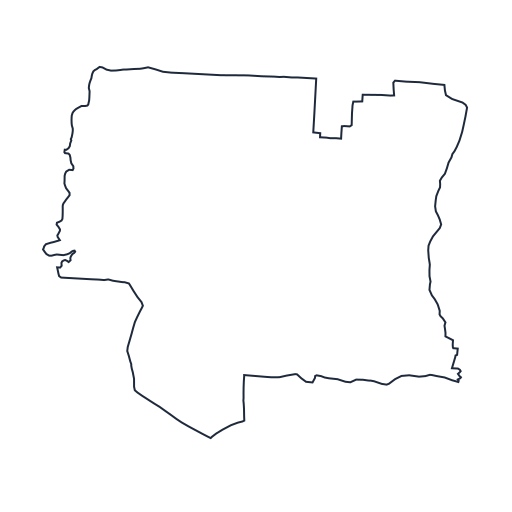 the district of Prey Kabbas, Takêv, Cambodia, rotated 184°
{"feature_id": "14789045B29637734688493", "entity_name": "Prey Kabbas", "entity_type": "district", "adm_level": 2, "iso_a3": "KHM", "parent_name": "Cambodia", "parent_adm1": "Takêv", "projection": "orthographic", "projection_center": [104.944, 11.157], "detail": "fine", "context": "isolated", "style": "outline", "palette": "slate", "viewbox_px": 512, "rotation_deg": 184, "n_neighbors": 0, "source": "geoboundaries", "source_scale": "gbopen_adm2", "svg_char_len": 4501}
<svg xmlns="http://www.w3.org/2000/svg" viewBox="0 0 512 512"><g transform="rotate(184 256 256)"><path d="M451.0,222.2L448.9,220.9L418.7,221.3L411.2,221.5L405.8,221.4L401.8,222.3L400.1,222.0L397.3,221.4L394.1,221.1L392.6,221.0L391.0,220.9L387.3,220.6L385.4,220.7L382.0,220.0L380.8,219.7L379.2,217.5L375.7,212.5L371.4,206.8L367.0,202.0L365.4,198.5L366.2,196.4L367.7,193.1L370.2,187.0L372.2,181.7L373.5,175.8L374.8,169.2L376.2,162.7L377.6,156.3L377.8,152.2L375.9,147.5L374.1,142.2L372.9,139.4L372.8,137.9L372.1,135.1L370.8,131.4L369.1,125.0L368.5,117.0L367.5,113.6L364.8,111.6L359.8,108.6L355.4,106.2L351.1,103.8L346.3,101.2L341.5,98.7L336.0,95.3L329.6,91.4L324.2,88.0L318.6,84.8L311.6,81.4L305.2,78.5L297.4,75.0L291.9,72.6L288.5,71.2L287.3,72.6L283.2,76.2L277.3,80.4L269.1,85.5L262.5,88.5L257.9,90.0L256.2,91.0L256.7,95.8L257.3,102.7L258.0,108.1L258.5,110.9L258.5,113.4L258.9,118.8L259.2,124.1L259.4,130.0L259.4,135.1L259.5,136.4L237.5,136.1L232.2,136.1L224.2,136.7L216.9,138.9L208.6,140.9L206.8,140.8L202.3,137.2L197.3,134.0L190.8,133.8L188.7,138.4L188.6,140.4L187.2,141.2L182.7,140.7L179.1,139.6L174.8,139.1L166.1,138.8L158.0,136.8L153.1,136.6L147.4,139.7L140.5,140.0L135.1,139.6L133.0,139.7L129.5,139.3L121.6,137.2L116.8,136.8L114.5,137.8L108.6,142.9L102.5,146.5L94.9,147.7L84.9,147.0L78.7,148.0L74.2,149.6L72.0,149.5L67.1,148.8L59.4,148.0L51.6,145.7L48.1,145.0L45.4,144.4L45.1,145.7L46.1,146.9L43.7,148.3L43.1,149.3L44.5,150.3L46.3,152.5L44.5,154.4L43.8,155.4L44.7,156.7L46.6,157.8L52.7,157.7L50.2,168.9L50.0,170.7L48.5,171.4L48.3,177.7L52.8,177.8L53.3,178.9L53.6,181.5L53.6,185.7L61.4,189.0L61.6,192.5L62.4,196.6L63.1,199.6L62.4,203.0L65.3,206.8L67.7,208.8L68.8,210.5L68.9,214.1L71.0,219.5L71.7,220.9L74.7,225.4L77.8,229.0L80.6,234.3L80.5,239.9L80.1,242.6L81.5,247.9L82.0,254.0L82.0,259.5L82.5,261.9L83.5,266.0L84.6,273.7L84.6,278.3L83.2,282.7L80.8,288.0L77.8,292.2L74.6,296.7L73.5,300.4L75.3,305.3L77.3,309.2L79.7,313.1L80.8,318.1L80.6,324.3L80.3,328.3L78.6,333.8L77.2,337.3L77.3,340.6L77.8,343.9L76.1,347.3L73.3,351.2L71.7,356.8L70.4,362.7L67.9,368.0L67.2,371.4L65.3,374.4L63.4,378.7L61.1,385.3L59.0,394.2L58.1,400.2L56.8,409.5L55.8,418.8L57.4,421.4L60.7,423.5L71.3,426.3L77.7,429.7L79.1,434.4L80.0,439.8L91.0,440.1L105.0,440.8L118.4,440.4L129.6,440.6L131.1,438.5L130.3,431.7L129.4,425.8L133.1,425.4L142.1,425.4L160.8,424.3L160.8,417.6L165.9,417.1L169.7,416.8L170.2,413.1L170.2,405.1L169.7,393.2L171.5,391.8L176.8,391.8L179.4,391.4L179.4,384.2L179.3,379.0L184.4,379.1L190.1,378.7L194.1,379.0L200.4,378.9L200.5,383.0L207.5,383.3L207.7,400.3L208.3,437.2L209.6,437.2L218.1,437.1L226.8,437.0L232.6,436.6L240.8,436.7L244.9,436.2L250.6,436.2L262.6,435.7L276.8,435.6L291.4,434.7L303.5,433.9L316.3,433.7L329.0,433.5L341.2,433.3L353.1,433.0L361.7,433.3L369.0,435.1L376.8,436.7L381.5,435.4L384.6,434.7L386.4,434.5L391.0,434.0L398.1,433.0L401.6,432.7L404.2,432.1L408.5,431.3L413.5,430.8L418.1,431.5L422.3,433.4L425.2,433.7L426.4,432.7L428.0,431.3L429.7,430.3L431.1,428.9L432.0,426.5L432.4,424.3L432.6,421.9L433.5,419.1L434.1,416.8L434.4,414.7L434.5,411.9L433.5,408.8L433.4,405.8L433.3,402.7L433.3,399.5L433.6,397.7L433.9,395.4L434.7,394.3L436.9,393.7L440.5,393.5L444.1,391.2L445.8,390.0L446.9,388.9L448.2,387.3L449.0,385.8L449.6,383.2L449.6,381.2L449.5,378.8L449.2,375.7L448.8,373.4L447.7,370.4L447.5,368.1L447.7,365.0L448.2,361.4L448.9,359.7L448.3,358.5L448.8,356.7L449.2,355.5L449.4,352.6L450.5,350.5L452.6,348.7L454.2,348.7L454.4,346.2L453.7,345.3L450.2,345.1L448.9,343.9L448.0,341.2L447.6,338.6L446.7,335.6L444.5,332.8L444.2,330.5L444.9,328.9L448.4,329.0L451.2,327.0L452.1,324.9L452.5,322.6L452.2,317.3L452.2,315.1L451.5,313.2L450.2,310.4L448.1,308.0L446.4,306.0L446.2,303.6L449.4,298.9L450.5,297.0L451.7,295.1L452.2,293.7L452.3,292.1L452.1,289.7L451.9,286.6L451.8,284.8L451.7,282.1L451.7,279.5L452.5,277.8L454.4,276.5L456.9,275.3L457.1,273.4L455.1,271.3L453.4,268.9L453.4,267.4L454.1,265.8L454.7,264.4L455.6,262.7L455.2,261.2L453.7,259.3L452.8,258.1L454.5,257.4L457.0,256.5L458.8,255.8L461.5,255.0L464.1,254.0L466.4,253.1L468.0,250.8L468.3,249.3L468.9,247.7L466.9,245.2L465.2,243.3L462.3,241.9L459.8,242.1L457.2,243.0L454.9,243.6L448.2,243.4L444.6,244.5L442.0,245.8L440.1,247.6L438.7,248.4L437.4,248.7L436.7,247.7L437.6,246.4L439.3,245.1L440.0,243.9L440.7,242.5L441.1,241.0L440.7,238.8L442.5,236.9L444.0,237.9L446.1,238.7L447.6,238.1L449.0,237.1L449.6,235.5L449.2,232.7L450.6,230.8L453.6,230.8L453.2,229.5L452.5,227.0L451.8,224.5L451.0,222.2Z" fill="none" stroke="#1e293b" stroke-width="2"/></g></svg>